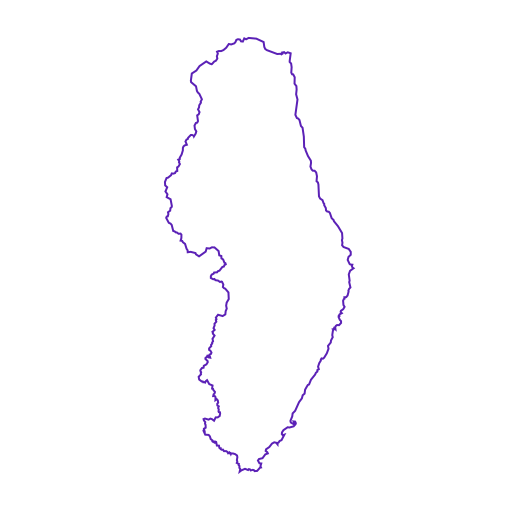 outline of Antalaha, Sava, Madagascar, rotated 6°
{"feature_id": "10022922B15279482214677", "entity_name": "Antalaha", "entity_type": "district", "adm_level": 2, "iso_a3": "MDG", "parent_name": "Madagascar", "parent_adm1": "Sava", "projection": "orthographic", "projection_center": [50.057, -15.259], "detail": "fine", "context": "isolated", "style": "outline", "palette": "violet", "viewbox_px": 512, "rotation_deg": 6, "n_neighbors": 0, "source": "geoboundaries", "source_scale": "gbopen_adm2", "svg_char_len": 6103}
<svg xmlns="http://www.w3.org/2000/svg" viewBox="0 0 512 512"><g transform="rotate(6 256 256)"><path d="M220.9,423.7L221.4,425.0L222.9,426.5L222.8,428.1L223.5,429.2L223.9,432.0L222.3,433.2L222.9,434.9L222.2,434.5L222.0,435.2L224.2,439.0L227.6,438.9L229.0,440.2L230.1,442.8L232.0,444.0L232.0,444.9L232.7,445.3L233.3,445.0L233.4,445.5L234.5,446.0L235.1,444.9L235.8,445.1L236.9,448.6L239.0,448.5L239.6,450.6L240.2,451.1L241.0,450.9L241.3,451.9L242.3,452.3L243.4,452.0L244.5,453.4L246.8,453.2L248.0,453.8L248.9,455.1L250.0,454.1L250.7,455.0L251.2,454.7L251.7,455.6L251.9,455.0L253.8,454.8L255.9,455.2L258.0,456.4L258.5,458.0L258.3,461.0L258.9,462.4L258.5,463.8L260.7,464.6L260.5,465.6L261.5,466.6L261.6,468.4L262.6,469.5L262.3,472.2L263.9,470.7L267.3,468.8L270.5,469.7L271.2,468.7L272.4,468.9L273.1,469.8L275.2,469.0L276.3,469.2L277.1,470.1L279.6,469.6L282.0,466.2L283.1,465.8L282.4,464.6L282.9,461.8L281.1,461.8L279.3,459.2L280.2,457.6L283.6,456.4L286.0,452.3L288.4,451.1L287.7,449.9L286.0,448.9L286.2,447.2L289.2,444.6L291.5,440.9L293.6,439.4L295.6,439.6L297.1,441.1L297.0,439.6L298.0,439.1L298.8,437.5L300.6,436.5L302.9,430.7L301.3,431.4L300.3,430.4L300.3,428.7L301.5,426.3L305.4,423.0L307.1,423.1L311.2,421.5L312.9,419.2L313.1,418.1L312.2,416.6L310.7,416.6L312.1,418.8L311.6,419.5L308.3,418.1L307.7,417.3L307.5,416.2L308.8,411.8L308.9,408.7L311.1,405.9L314.1,396.8L316.5,392.8L317.0,389.6L318.7,387.8L318.8,383.8L320.2,380.6L321.0,378.9L322.2,378.2L323.6,373.3L327.2,367.7L327.7,366.0L329.1,364.5L328.9,363.1L330.3,362.0L329.3,359.6L330.1,355.9L331.4,353.2L331.3,352.2L331.9,351.0L333.2,351.2L334.4,350.0L336.6,345.4L337.8,340.7L337.0,337.9L339.4,334.2L339.4,332.2L340.8,328.7L340.1,326.7L340.3,322.3L340.9,321.1L340.3,320.7L340.9,320.4L341.2,319.5L342.7,320.6L342.2,318.3L342.8,317.1L343.8,316.2L345.8,316.1L347.6,313.7L347.4,311.9L346.0,310.7L344.5,308.0L345.2,307.1L344.6,306.7L345.3,305.2L347.3,303.9L346.0,302.8L346.2,301.6L348.3,299.8L349.4,297.3L348.1,295.6L347.3,291.4L347.8,289.7L348.5,289.2L348.2,287.8L350.0,287.5L351.2,285.7L351.8,281.7L351.5,280.9L352.0,279.0L353.2,277.4L351.4,272.2L351.7,270.8L350.2,264.6L351.1,260.9L354.3,258.0L353.1,257.3L352.4,256.0L352.7,254.6L350.7,254.6L349.9,254.1L347.6,250.3L348.1,247.2L350.1,244.9L349.8,242.0L347.5,239.3L342.1,237.9L340.5,236.3L340.6,233.8L339.8,231.2L340.1,229.5L339.2,224.2L334.4,217.8L329.9,213.3L329.4,212.1L327.3,210.5L325.0,205.5L323.8,204.4L322.1,204.3L320.9,203.4L320.4,201.0L318.5,198.3L318.4,197.0L317.6,196.3L316.3,193.5L313.8,192.2L312.4,190.1L310.6,178.4L309.9,176.4L308.4,175.3L308.3,170.3L307.1,166.6L305.4,165.1L303.5,165.2L302.2,164.1L300.8,161.4L301.0,157.6L300.6,155.5L297.2,151.1L294.3,145.8L293.9,144.3L292.5,142.7L291.1,132.3L288.9,123.6L287.1,122.0L285.0,116.2L283.6,114.9L282.2,114.5L280.4,111.5L280.9,96.0L279.0,91.0L279.0,86.2L278.4,82.8L276.3,80.6L275.8,74.2L274.0,71.5L272.9,71.5L271.9,69.9L271.7,64.5L270.8,60.9L269.2,59.5L269.1,58.6L269.3,50.8L266.3,50.1L264.2,51.5L262.7,50.3L260.8,50.9L261.3,51.9L260.2,52.8L259.4,52.3L256.0,52.9L245.2,50.1L243.5,49.1L242.4,47.2L241.2,42.4L233.6,39.8L225.9,39.9L223.5,41.5L221.6,40.8L220.5,44.1L218.7,44.1L217.4,42.4L215.4,42.3L213.9,43.1L213.2,45.4L212.2,46.8L209.2,48.2L206.8,48.0L204.6,52.0L202.1,54.6L200.0,55.8L197.4,56.1L195.9,56.9L196.9,58.7L196.2,61.4L196.9,63.7L195.7,66.0L194.1,67.0L192.3,69.5L191.9,69.9L190.0,69.5L186.2,67.7L180.0,73.0L177.3,77.8L173.1,81.2L172.9,88.5L173.3,89.9L178.6,93.5L180.0,98.0L181.0,99.4L182.7,100.7L185.8,105.8L184.8,108.4L185.2,109.3L183.8,112.0L183.8,114.2L183.0,116.2L184.8,118.8L184.2,121.1L182.8,122.3L184.2,127.9L183.6,129.5L182.3,130.0L181.2,132.7L182.0,136.1L183.6,138.3L183.2,140.6L181.8,143.5L181.6,143.0L179.7,142.3L178.5,142.5L176.1,145.6L176.0,146.7L174.7,147.5L173.9,149.5L175.6,152.6L173.4,153.5L172.4,154.7L172.0,156.1L172.2,158.7L171.4,162.9L169.9,166.2L170.1,167.5L168.6,168.3L169.8,169.8L169.6,170.9L170.7,172.5L169.5,175.2L168.3,176.1L168.8,179.7L167.4,180.4L166.8,182.0L165.3,182.7L163.6,182.7L163.1,184.5L160.3,187.3L158.9,187.8L157.7,191.9L158.3,195.3L160.5,196.9L159.2,201.3L161.5,203.9L161.0,206.8L165.1,208.5L167.1,215.1L167.0,216.1L165.9,217.4L165.9,219.9L163.9,221.7L164.5,223.5L164.1,225.8L163.1,226.1L162.7,227.5L165.8,232.1L167.6,232.7L168.9,233.9L171.1,239.8L172.5,240.0L173.7,240.9L174.7,240.8L176.7,242.0L178.6,241.6L179.6,242.6L179.9,245.9L179.4,248.6L181.0,248.7L181.8,249.9L184.2,251.4L186.2,256.1L187.4,257.5L187.7,259.4L190.6,258.7L195.5,259.4L196.1,260.6L199.4,262.3L205.5,256.9L206.1,253.4L209.1,253.4L211.2,252.0L213.8,251.8L218.3,255.0L219.4,259.2L221.5,259.6L221.9,262.0L223.7,262.9L225.3,266.0L226.3,266.3L226.8,267.4L225.6,268.3L225.1,269.9L223.7,270.4L221.2,274.4L219.7,275.1L219.0,276.3L216.1,276.8L215.7,278.0L213.9,279.1L213.2,280.8L213.4,282.6L215.9,283.6L217.0,283.2L218.2,284.3L220.8,284.4L222.9,285.6L224.3,285.0L224.9,285.2L226.5,287.8L226.3,290.3L227.5,291.3L228.8,291.7L232.4,295.1L233.4,301.7L231.7,305.4L231.5,308.5L232.4,311.4L231.6,314.0L231.6,317.3L229.1,319.2L224.4,318.4L222.5,321.5L223.3,323.0L222.7,323.8L223.4,325.5L221.8,327.7L222.1,329.4L221.3,332.2L222.6,333.8L220.6,336.0L221.2,336.8L221.2,337.7L223.1,339.5L221.4,342.9L222.2,345.3L221.4,346.6L221.6,347.6L220.6,349.1L220.9,350.4L219.3,352.3L219.0,353.3L219.3,354.4L220.5,354.9L221.8,356.7L221.5,358.0L220.0,359.0L220.1,359.6L219.6,360.0L220.7,360.9L221.1,361.9L219.4,361.8L218.0,360.5L217.5,361.8L216.5,362.4L216.4,363.6L218.9,365.6L219.1,366.7L218.0,369.0L215.6,370.6L215.5,372.6L214.0,373.0L212.7,375.1L212.6,376.0L213.6,377.3L213.3,378.1L213.7,379.4L211.6,382.1L212.4,384.8L215.2,386.5L216.1,386.3L216.7,387.1L217.8,386.8L218.6,387.2L219.2,385.7L220.3,384.6L222.9,388.3L226.3,389.3L226.2,392.5L227.2,392.7L227.5,393.6L229.4,395.5L229.1,397.1L228.3,398.0L228.1,399.8L229.6,399.6L230.5,400.6L230.7,403.6L231.9,402.5L233.1,403.6L233.7,405.8L232.9,407.1L233.2,408.7L234.7,409.4L234.2,411.1L235.0,412.4L235.0,414.6L235.4,415.2L236.5,415.2L236.8,416.4L236.6,418.9L234.8,420.5L232.8,420.7L231.5,424.2L229.2,422.8L227.6,422.5L225.9,423.7L222.2,423.0L220.9,423.7Z" fill="none" stroke="#5b21b6" stroke-width="2"/></g></svg>